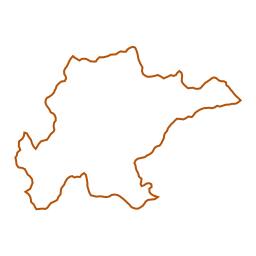 Cabo Verde, Minas Gerais, Brazil
{"feature_id": "56859067B98628582870895", "entity_name": "Cabo Verde", "entity_type": "district", "adm_level": 2, "iso_a3": "BRA", "parent_name": "Brazil", "parent_adm1": "Minas Gerais", "projection": "albers", "projection_center": [-46.381, -21.483], "detail": "fine", "context": "isolated", "style": "outline", "palette": "amber", "viewbox_px": 256, "rotation_deg": 0, "n_neighbors": 0, "source": "geoboundaries", "source_scale": "gbopen_adm2", "svg_char_len": 3279}
<svg xmlns="http://www.w3.org/2000/svg" viewBox="0 0 256 256"><path d="M218.8,80.4L216.4,78.2L214.4,77.4L211.9,78.2L209.4,80.2L207.1,81.7L205.2,82.9L203.1,85.3L200.3,88.3L197.3,88.9L195.1,88.6L192.8,87.7L190.2,88.0L187.9,88.2L186.1,86.6L183.7,84.4L181.8,81.8L181.8,79.0L182.2,75.8L181.5,72.9L179.4,71.0L177.0,73.2L175.8,75.2L173.5,75.9L170.8,75.1L168.5,76.3L166.5,77.2L163.7,78.4L160.7,76.4L157.8,75.0L154.0,76.1L150.3,76.7L147.5,76.8L144.9,75.5L142.9,73.8L142.0,71.0L142.5,67.4L140.4,63.8L138.6,59.6L137.6,54.3L136.4,50.2L135.1,47.6L132.8,46.8L129.6,48.0L127.2,49.7L126.1,51.6L123.8,51.8L120.6,51.4L118.4,52.5L116.0,54.3L113.2,54.5L110.5,54.7L107.8,56.2L105.4,56.8L102.7,57.4L99.5,57.2L97.5,59.1L95.7,61.6L93.1,61.5L90.4,61.3L88.3,60.0L85.8,58.8L82.0,58.8L79.4,60.5L77.2,59.1L75.0,57.9L73.0,56.1L70.9,58.4L69.3,61.1L68.1,63.8L66.7,66.6L65.3,68.3L64.1,70.8L64.3,74.2L65.6,76.1L66.1,78.5L64.7,81.1L61.4,81.5L59.0,83.3L56.5,86.1L55.9,88.3L54.8,90.4L53.8,92.8L52.0,94.7L49.5,96.6L47.0,97.8L45.8,99.7L45.4,102.4L46.4,105.3L47.8,107.2L49.3,109.2L50.7,112.3L53.4,113.6L54.8,115.3L55.7,117.9L55.7,120.6L54.1,122.7L53.6,126.0L54.4,129.9L53.3,132.0L51.2,133.6L49.7,135.6L48.6,137.5L46.9,139.8L43.8,140.5L40.9,141.4L38.7,144.0L37.1,146.8L35.7,148.9L33.8,146.9L32.1,143.6L30.9,139.8L29.3,137.6L28.0,135.5L26.9,133.4L24.4,132.6L23.9,136.1L22.3,138.9L19.0,141.4L18.8,146.2L20.3,149.9L17.4,152.5L16.7,155.7L15.4,157.5L16.1,160.5L16.6,164.8L18.4,167.4L22.1,167.9L24.9,169.2L27.7,174.6L30.0,176.4L32.0,179.2L32.6,182.9L30.2,188.8L25.4,191.8L28.5,194.0L30.1,196.5L30.8,199.0L31.2,202.1L33.8,204.5L34.8,206.6L36.3,209.2L38.9,209.0L41.2,208.7L43.6,208.7L45.7,208.9L47.5,207.6L48.9,205.6L51.0,203.0L54.4,201.5L57.2,199.9L58.4,196.9L60.5,194.4L60.8,191.8L61.0,189.1L62.3,187.0L64.1,184.8L65.3,181.9L67.1,178.9L69.6,176.8L72.2,176.1L74.4,177.5L77.2,176.7L80.0,177.0L81.9,174.5L84.1,173.1L85.8,174.8L86.4,177.0L86.9,179.8L87.4,182.8L87.4,186.2L88.4,189.5L89.3,192.5L90.9,195.3L93.4,195.9L96.0,196.6L99.0,196.4L101.6,196.4L104.2,196.9L106.3,197.1L109.2,196.5L111.5,195.1L114.2,194.5L116.9,194.9L119.3,195.9L121.7,197.8L123.4,199.0L125.3,200.8L127.5,202.9L129.4,204.6L131.4,207.1L133.7,208.1L136.1,208.7L138.5,208.5L140.4,207.4L142.8,205.7L144.3,203.8L145.7,201.5L148.1,199.9L151.6,199.5L154.7,199.2L157.9,197.0L154.1,195.8L151.4,194.3L149.5,192.2L149.3,188.7L151.6,187.0L151.3,184.2L148.9,183.1L146.1,183.7L144.3,185.2L141.6,186.1L140.6,183.9L141.3,181.3L141.5,178.7L139.0,176.7L138.5,174.5L137.8,172.4L136.6,170.6L135.8,167.7L135.4,165.0L134.4,163.0L135.6,160.4L137.8,158.7L141.8,157.8L144.8,157.1L146.9,155.5L150.0,154.1L152.3,152.2L153.5,150.1L154.6,148.0L156.3,146.6L159.7,145.6L161.5,143.0L162.5,140.9L163.8,138.2L164.2,135.4L164.9,133.3L166.9,131.2L168.1,128.1L169.5,126.4L171.2,124.2L173.1,122.5L175.0,120.5L177.0,118.7L180.4,119.0L183.4,119.4L185.8,118.3L188.5,116.5L191.8,117.1L193.8,114.9L195.2,112.8L197.3,111.3L199.2,110.1L201.5,109.0L204.3,108.1L206.7,108.0L209.2,107.7L211.7,108.2L214.5,107.5L217.1,105.8L219.8,106.6L222.4,105.8L225.8,104.7L228.7,104.6L232.0,103.9L234.5,103.8L236.6,103.4L238.7,101.9L240.6,100.4L238.4,98.1L235.9,95.9L233.8,93.5L232.3,91.5L230.4,89.4L228.5,86.7L226.4,85.3L226.0,82.5L224.0,81.3L221.1,81.2L218.8,80.4Z" fill="none" stroke="#b45309" stroke-width="2"/></svg>